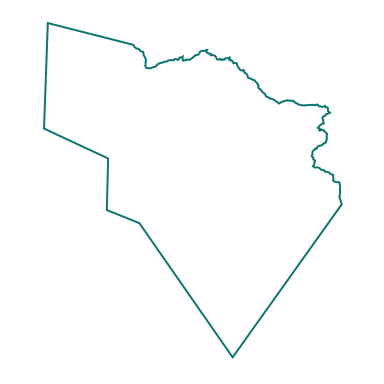 Obura/Wonenara District, Eastern Highlands, Papua New Guinea (orthographic projection), rotated 272°
{"feature_id": "67681753B51845226746090", "entity_name": "Obura/Wonenara District", "entity_type": "district", "adm_level": 2, "iso_a3": "PNG", "parent_name": "Papua New Guinea", "parent_adm1": "Eastern Highlands", "projection": "orthographic", "projection_center": [145.927, -6.831], "detail": "fine", "context": "isolated", "style": "outline", "palette": "teal", "viewbox_px": 384, "rotation_deg": 272, "n_neighbors": 0, "source": "geoboundaries", "source_scale": "gbopen_adm2", "svg_char_len": 5729}
<svg xmlns="http://www.w3.org/2000/svg" viewBox="0 0 384 384"><g transform="rotate(272 192 192)"><path d="M250.2,41.9L222.6,107.0L171.0,107.5L159.0,140.5L47.4,224.0L28.2,238.4L111.2,293.3L184.2,341.6L184.9,342.1L186.3,341.6L187.4,341.2L188.9,340.7L189.5,340.4L190.2,340.3L190.8,340.2L191.2,339.8L192.2,339.4L195.1,340.0L196.9,340.1L200.5,339.6L201.4,339.7L202.6,340.0L203.6,339.5L206.2,339.2L206.8,338.8L207.1,337.9L206.8,336.2L207.6,333.5L208.2,332.7L209.2,332.6L210.5,333.0L212.7,332.4L214.0,332.5L214.3,331.7L214.4,330.9L214.7,329.9L215.4,329.2L216.3,328.1L216.7,327.0L217.0,325.3L217.0,324.5L217.1,324.1L217.9,323.6L218.4,323.0L218.6,321.7L218.9,320.1L219.3,319.5L219.9,319.1L220.4,318.5L220.7,317.6L221.0,317.0L221.0,316.0L220.8,315.0L220.7,314.0L221.7,312.2L222.3,312.1L223.0,313.0L223.9,313.3L225.2,313.1L226.0,313.6L226.7,313.7L227.2,313.9L227.6,313.9L228.0,313.5L228.5,312.5L228.9,312.0L229.8,312.1L230.7,312.0L231.8,310.4L232.7,310.6L233.1,310.8L233.9,311.1L234.2,310.9L236.3,311.0L237.0,311.4L237.8,311.9L238.4,313.0L239.3,313.3L239.5,313.6L239.4,314.4L239.7,315.1L240.6,315.1L242.0,316.3L242.3,317.2L242.9,318.2L243.0,318.8L243.0,319.7L243.3,320.1L244.1,320.7L244.5,321.5L245.0,321.7L245.2,322.6L245.6,322.9L245.6,323.3L246.1,324.0L246.7,324.1L247.5,324.1L248.0,324.3L248.5,324.8L249.7,324.7L250.4,324.9L251.2,324.9L251.9,324.7L252.5,324.5L253.5,324.7L254.4,325.1L254.8,324.9L255.6,324.3L256.3,323.5L257.2,321.9L258.2,321.6L258.5,321.2L258.7,319.9L258.5,319.3L258.0,318.3L258.1,317.2L258.7,317.5L259.3,318.1L259.6,317.5L260.1,316.1L260.5,315.5L260.8,315.9L262.0,316.8L263.6,318.0L263.8,318.7L264.3,319.2L264.8,320.1L264.9,321.0L265.4,321.4L266.2,320.8L266.9,320.6L267.5,320.7L268.3,320.6L269.7,320.0L271.2,320.0L272.1,320.6L272.5,321.4L272.9,322.5L274.4,323.2L274.4,324.0L274.7,324.4L276.1,327.1L277.7,325.0L279.4,325.0L281.0,324.6L281.3,324.3L281.3,323.7L281.3,322.7L282.3,322.2L282.8,321.8L282.7,321.5L282.2,321.0L281.7,319.8L281.6,319.4L282.0,317.4L282.0,316.1L282.6,315.7L283.7,314.6L283.6,314.1L283.7,313.5L283.1,312.9L283.2,312.3L283.0,311.3L283.4,309.4L283.1,307.9L283.2,307.0L282.9,306.2L282.9,304.9L282.7,303.7L282.8,302.6L282.4,301.8L282.5,299.0L282.5,298.3L282.9,297.0L283.1,296.3L283.3,294.9L284.3,293.7L284.7,292.6L285.7,290.5L286.1,290.5L286.5,290.2L286.7,289.1L286.6,287.7L286.9,286.6L286.7,285.8L286.6,285.0L287.1,283.9L286.6,283.2L286.5,282.3L286.2,281.3L285.7,279.7L285.1,278.9L284.3,276.9L283.6,276.4L283.5,275.8L286.1,272.1L286.6,271.4L287.1,270.7L287.4,270.0L287.5,269.3L287.9,268.7L288.0,268.2L288.1,267.6L288.0,266.6L288.5,266.2L289.0,265.8L289.2,265.0L289.5,264.3L289.9,263.2L290.2,262.7L290.9,262.3L292.3,261.6L293.1,261.0L293.3,260.6L293.8,259.6L294.0,259.2L295.1,258.4L295.7,258.0L296.3,257.2L297.1,256.7L297.6,255.4L298.2,255.0L298.8,254.6L299.5,254.7L300.4,254.9L300.7,254.7L301.2,254.1L302.0,254.0L302.3,253.8L302.8,253.3L303.3,252.9L303.8,252.5L304.3,251.9L305.0,251.2L305.7,250.8L306.0,250.3L306.1,249.8L306.2,248.8L306.6,248.5L306.8,247.9L307.0,247.2L307.3,246.6L307.6,245.9L307.8,245.0L307.9,244.3L308.3,243.9L309.1,243.7L310.0,243.5L310.7,243.1L311.4,242.8L312.2,242.0L312.7,241.1L313.1,240.3L313.7,240.1L314.3,240.0L315.3,239.8L315.7,239.2L315.5,238.7L315.2,238.4L315.2,237.8L315.3,237.1L315.4,236.5L315.9,235.6L316.5,235.2L317.0,234.9L317.6,234.6L318.0,234.2L318.4,233.7L319.0,233.4L319.7,233.0L320.2,232.7L321.2,232.5L321.8,232.3L322.3,232.0L322.4,231.7L322.4,231.2L322.5,230.6L322.4,229.9L322.2,229.5L322.0,229.1L322.3,228.8L322.8,228.8L324.2,227.9L324.4,227.6L324.5,227.0L324.8,226.7L325.3,226.4L325.5,226.0L325.1,224.8L325.4,224.6L326.0,224.9L326.4,224.9L326.9,224.8L327.3,224.9L327.7,224.9L327.5,224.5L327.1,223.5L326.9,222.7L326.8,222.0L326.8,221.1L326.6,220.3L326.3,220.0L325.5,219.8L325.2,219.4L325.3,218.9L325.5,218.3L325.6,217.7L325.0,216.9L324.9,216.4L325.1,216.0L325.6,215.8L326.0,215.6L326.0,215.1L325.7,214.5L325.4,213.8L325.2,212.8L325.4,212.4L325.8,212.1L326.5,211.8L327.3,211.5L327.9,211.1L329.0,210.2L329.1,209.3L329.3,208.8L329.7,208.0L329.6,207.4L329.3,206.6L329.2,206.2L329.6,205.9L329.9,206.1L330.4,206.2L330.7,205.9L331.0,204.9L331.0,203.9L331.3,203.1L331.7,202.2L332.8,201.2L333.7,201.7L334.6,202.2L334.7,201.8L333.8,200.6L333.6,199.8L333.4,198.8L333.5,197.7L333.3,196.9L333.0,196.1L332.5,195.3L331.8,194.9L330.6,194.4L330.1,194.0L329.6,193.4L329.3,193.0L329.1,192.2L328.9,191.0L327.9,189.7L327.4,189.4L327.2,188.9L326.8,188.6L326.4,188.1L325.7,187.3L324.9,186.5L324.5,186.0L324.0,184.9L324.0,184.5L324.4,184.1L324.3,183.4L324.0,182.6L323.7,181.9L323.5,181.3L323.5,180.2L323.0,179.3L322.8,178.6L323.2,178.2L323.7,178.1L324.7,178.0L325.4,177.8L326.8,178.0L326.3,177.4L326.2,176.9L326.1,176.0L326.0,175.0L325.5,174.5L324.9,174.5L324.2,174.1L323.5,173.5L323.5,173.0L324.0,172.3L324.4,171.4L324.5,170.9L324.2,170.3L323.8,169.7L323.1,169.5L323.0,169.1L322.9,168.5L323.1,167.6L323.0,166.5L322.9,165.4L322.8,163.7L322.4,163.4L321.8,162.9L321.6,162.4L321.4,161.7L321.3,161.0L321.3,160.0L321.0,159.4L320.3,158.3L320.2,157.9L320.2,157.4L320.2,156.7L319.8,156.1L319.5,155.5L319.4,154.8L319.4,154.3L319.0,153.9L318.5,153.5L318.0,153.0L317.8,152.6L317.1,152.2L316.5,151.6L316.0,151.0L315.7,150.4L315.5,149.4L315.2,148.2L315.1,147.9L314.7,147.3L314.3,146.5L314.2,145.7L314.0,145.0L314.1,144.5L314.3,143.9L314.3,143.4L314.2,142.8L314.3,142.3L314.5,141.9L314.8,141.7L315.6,141.2L316.4,141.0L317.0,140.9L317.5,141.1L318.0,141.2L318.6,141.2L319.5,141.2L320.9,141.1L321.9,141.5L322.2,141.5L322.8,141.2L324.0,140.7L324.9,140.5L326.9,139.0L328.6,138.6L330.4,138.4L330.7,136.7L331.0,135.5L332.7,134.2L333.1,133.7L333.3,132.6L333.4,131.8L333.6,131.0L334.4,130.5L335.0,129.4L335.8,129.0L337.0,128.2L355.8,42.0L250.2,41.9Z" fill="none" stroke="#0f766e" stroke-width="2"/></g></svg>